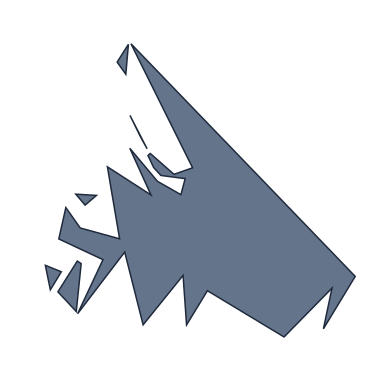 map outline of Kommune Kujalleq (orthographic projection), rotated 84°
{"feature_id": "GRL-2740", "entity_name": "Kommune Kujalleq", "entity_type": "state/province", "adm_level": 1, "iso_a3": "GRL", "parent_name": "Greenland", "parent_adm1": "", "projection": "orthographic", "projection_center": [-44.745, 61.276], "detail": "coarse", "context": "isolated", "style": "filled", "palette": "slate", "viewbox_px": 384, "rotation_deg": 84, "n_neighbors": 0, "source": "natural_earth", "source_scale": "10m", "svg_char_len": 766}
<svg xmlns="http://www.w3.org/2000/svg" viewBox="0 0 384 384"><g transform="rotate(84 192 192)"><path d="M293.0,38.5L341.8,75.6L302.2,62.8L345.8,115.6L291.8,187.0L323.6,211.3L274.0,209.6L319.0,254.5L244.7,265.2L301.1,318.5L250.0,287.6L224.8,329.4L194.3,319.1L216.1,306.9L231.0,268.9L158.1,273.5L190.7,233.1L142.0,249.3L177.8,225.2L193.5,203.3L178.0,197.4L172.3,221.2L163.6,227.6L151.1,232.0L149.3,229.5L172.5,208.1L168.0,188.9L38.2,237.2L293.0,38.5ZM298.8,319.6L277.3,335.8L248.7,313.3L251.6,309.7L298.8,319.6ZM257.7,330.3L274.5,343.1L249.6,345.5L257.7,330.3ZM38.5,239.8L68.0,245.5L55.0,252.9L38.5,239.8ZM132.7,237.1L109.3,245.7L144.4,232.1L132.7,237.1ZM185.4,287.4L193.9,299.7L182.0,307.8L185.4,287.4Z" fill="#64748b" stroke="#1e293b" stroke-width="1.5"/></g></svg>